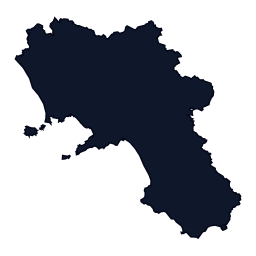 outline of Campania, Salerno, Italy
{"feature_id": "23120603B14973764900567", "entity_name": "Campania", "entity_type": "district", "adm_level": 2, "iso_a3": "ITA", "parent_name": "Italy", "parent_adm1": "Salerno", "projection": "orthographic", "projection_center": [14.61, 40.749], "detail": "fine", "context": "isolated", "style": "filled", "palette": "ink", "viewbox_px": 256, "rotation_deg": 0, "n_neighbors": 0, "source": "geoboundaries", "source_scale": "gbopen_adm2", "svg_char_len": 5712}
<svg xmlns="http://www.w3.org/2000/svg" viewBox="0 0 256 256"><path d="M15.4,59.0L23.3,67.6L29.7,78.3L32.7,87.9L38.7,94.9L43.8,103.9L46.2,113.1L46.0,118.5L45.3,120.9L44.8,120.6L45.7,121.2L45.3,121.4L45.2,121.8L49.5,122.5L50.8,123.9L50.7,122.5L49.5,122.1L50.9,122.1L49.9,120.7L50.0,118.9L48.8,117.9L50.4,116.3L52.5,116.1L53.9,116.7L54.1,117.2L53.4,117.6L58.8,118.5L59.2,119.0L58.5,119.5L59.2,119.1L59.6,119.8L59.2,120.0L59.8,119.7L60.0,120.4L59.4,121.1L58.8,120.7L58.7,121.8L60.1,120.8L61.6,121.9L63.8,120.6L63.8,118.9L65.8,116.3L67.7,116.2L68.5,116.9L68.2,116.5L69.0,115.7L71.3,116.4L68.7,115.5L69.7,115.4L69.3,115.0L70.1,114.3L70.5,114.3L70.2,115.0L70.9,114.5L70.8,115.2L71.1,114.3L71.5,114.5L71.2,115.0L72.9,115.1L73.7,116.3L74.0,115.9L76.5,117.8L80.4,122.2L80.5,123.0L80.6,123.3L80.6,122.6L84.4,126.7L86.5,127.8L89.0,127.4L90.4,128.9L89.8,128.2L90.1,127.4L91.7,129.3L93.8,134.1L93.6,135.9L92.7,136.6L93.0,135.4L90.3,137.1L89.2,138.0L88.2,140.3L85.3,141.7L85.9,142.5L85.0,144.3L81.7,145.8L79.5,144.8L79.0,146.0L78.2,145.8L78.5,147.2L77.1,148.8L76.8,150.8L76.1,151.6L76.8,151.8L76.3,152.7L76.5,154.4L77.9,153.2L78.4,153.3L78.0,154.2L78.8,153.9L79.6,152.5L85.5,150.1L87.0,148.4L90.6,147.1L91.8,147.4L94.4,145.9L96.7,146.6L99.0,148.9L100.6,147.8L103.6,147.6L103.9,148.2L105.2,146.3L107.7,145.1L109.9,142.8L113.8,143.8L115.6,145.1L117.1,145.1L120.0,140.2L121.7,139.6L123.1,140.2L122.2,139.5L123.0,138.8L123.3,139.2L123.2,138.6L124.0,139.4L122.8,140.7L123.5,140.4L124.1,139.4L123.7,139.0L124.4,138.6L130.2,142.5L135.5,148.8L139.7,155.4L144.1,165.6L149.1,174.8L151.1,180.4L150.9,185.1L149.0,186.0L149.3,185.5L147.7,187.6L145.1,188.3L144.4,190.7L145.3,192.5L145.1,196.6L143.9,198.2L140.9,200.0L141.2,201.7L144.1,203.8L145.9,203.1L147.9,204.8L150.3,205.2L153.1,208.4L154.2,211.3L155.7,212.3L157.3,212.1L158.7,213.1L160.8,211.7L163.9,211.2L166.0,212.0L171.3,218.8L174.2,218.9L176.3,221.9L181.6,226.0L182.8,228.8L183.2,231.7L182.4,232.5L181.2,232.3L181.6,233.6L183.9,233.4L184.3,232.6L186.5,232.2L190.8,236.8L197.5,237.1L197.3,237.7L198.1,238.1L202.6,231.8L205.3,231.0L207.4,227.3L210.4,225.8L215.1,225.1L220.1,226.5L221.0,225.7L221.8,226.5L221.1,228.0L221.8,229.1L222.9,230.2L224.6,229.5L226.7,228.4L226.6,227.1L225.8,225.8L223.9,224.9L226.8,224.1L229.8,219.2L229.5,218.5L230.2,216.0L229.2,213.4L230.9,211.7L230.4,210.5L232.4,209.2L232.4,207.3L234.7,207.1L236.5,205.1L239.1,204.6L239.8,203.7L238.7,201.8L238.9,200.8L240.6,199.7L240.0,197.3L240.6,196.3L239.1,194.1L236.4,194.0L236.1,192.9L233.7,192.6L231.8,190.5L232.2,189.5L231.1,189.2L229.3,186.6L229.1,183.8L229.8,181.5L226.2,178.7L224.6,179.4L222.9,176.3L216.1,172.1L216.6,171.7L215.0,169.8L215.2,168.4L210.6,165.6L210.3,164.0L212.0,162.5L210.3,160.7L211.4,159.3L210.3,158.8L210.3,157.0L209.3,155.6L210.7,154.0L210.0,153.3L208.5,153.7L207.4,151.5L205.3,151.3L204.6,150.3L203.4,150.5L202.3,148.9L200.7,148.1L202.3,145.4L202.6,143.8L205.1,142.8L206.4,141.4L206.6,140.2L205.3,140.1L204.7,138.8L202.8,138.8L200.7,136.7L198.3,136.0L196.3,133.1L193.0,131.5L192.7,127.6L193.2,125.7L194.1,125.2L192.8,123.3L193.7,121.1L191.3,120.7L192.8,118.9L191.3,118.7L190.4,117.1L187.8,115.4L190.6,114.8L192.5,115.2L192.0,111.6L192.6,110.6L190.0,110.2L189.8,108.5L192.1,108.0L193.6,109.5L195.0,109.2L195.2,108.6L198.1,108.8L201.6,110.6L202.9,109.6L202.3,107.4L208.8,104.6L209.9,100.3L210.6,99.8L210.4,99.0L213.1,95.6L213.6,91.6L212.2,88.7L212.5,86.7L211.2,85.6L211.0,83.6L210.3,83.1L203.9,81.0L203.2,79.9L199.7,80.0L197.4,77.4L195.9,77.6L194.7,76.0L191.0,79.1L189.3,77.7L185.2,76.4L182.8,78.1L179.5,76.0L179.6,74.8L178.7,74.5L176.6,71.1L176.2,71.5L173.8,69.9L173.6,67.2L174.9,66.2L175.0,65.3L179.4,62.8L177.4,58.8L177.6,57.2L181.2,56.5L180.8,55.2L177.9,52.1L176.4,51.9L174.7,53.0L174.2,51.4L172.5,50.9L172.6,49.9L166.9,50.8L165.5,49.9L165.9,49.0L164.5,47.6L164.9,45.5L158.5,43.3L157.0,37.6L158.3,36.7L159.1,35.2L161.3,34.9L160.0,32.4L160.6,30.9L161.8,30.4L161.5,29.2L161.3,28.5L158.9,28.7L155.6,27.2L155.2,25.3L154.1,25.9L153.1,22.3L151.3,21.0L148.7,22.0L148.6,23.5L146.2,24.0L144.7,25.4L137.9,27.1L136.1,29.5L134.9,30.0L127.1,26.0L125.9,27.0L125.0,31.0L123.7,32.2L119.7,33.5L117.7,32.0L113.9,32.6L113.8,34.5L112.7,34.0L111.7,34.5L108.6,38.2L107.3,38.9L105.4,37.8L105.5,36.5L103.4,34.8L101.7,36.6L98.6,35.8L96.6,36.2L94.8,35.0L93.6,30.9L92.3,30.7L91.2,29.6L88.2,29.4L86.7,27.6L85.3,28.2L78.9,25.7L77.2,25.8L72.6,23.1L73.4,22.5L72.0,21.0L68.8,21.3L67.9,19.4L63.9,19.0L62.4,19.6L60.6,18.9L59.9,19.8L59.6,22.1L58.1,21.5L54.8,17.9L54.5,19.4L53.7,20.1L54.0,20.9L50.5,24.0L51.1,24.9L50.3,25.2L50.1,26.6L53.1,30.2L52.8,33.0L53.9,34.8L53.7,35.4L52.8,34.6L52.0,34.9L50.8,33.5L46.2,34.5L44.6,32.5L44.5,31.0L41.7,28.9L42.5,27.7L42.4,25.9L39.0,24.2L37.4,24.1L33.8,27.8L31.9,28.5L31.0,30.0L30.6,29.4L28.0,29.5L26.5,30.7L27.3,32.6L29.4,33.2L28.0,33.9L29.1,35.6L28.1,36.3L27.2,38.7L28.2,39.0L27.4,39.5L28.2,41.8L27.7,42.7L30.0,46.2L29.4,48.2L28.6,49.2L27.1,48.8L26.3,49.7L25.6,49.0L23.5,50.6L22.7,50.5L23.0,51.6L22.5,52.7L23.9,53.2L23.0,53.2L23.2,54.7L22.2,54.7L21.4,56.0L21.0,55.2L18.0,56.3L16.8,55.9L15.4,59.0ZM26.8,126.2L25.7,126.7L26.4,127.5L25.9,129.1L24.8,129.6L25.6,132.5L24.4,133.4L26.4,135.2L28.5,135.0L29.1,136.2L29.2,135.2L29.8,134.8L32.3,135.5L34.3,134.1L35.8,135.0L35.8,133.8L37.0,133.3L36.4,130.9L37.2,130.4L36.2,130.2L35.9,129.1L34.7,128.3L34.1,128.6L34.4,128.4L34.5,128.1L30.7,128.0L31.2,127.4L30.3,127.8L26.8,126.2ZM69.5,155.5L67.4,156.3L62.7,155.5L62.4,159.1L65.4,158.8L67.7,157.6L68.6,158.3L70.1,156.2L69.5,155.5ZM42.8,125.0L41.4,126.0L42.0,126.5L41.1,128.2L40.3,128.0L39.8,128.9L40.6,129.3L40.4,128.3L41.3,128.6L41.5,128.0L42.0,129.0L42.8,129.4L42.3,128.1L43.6,127.9L43.1,126.9L44.0,126.2L44.5,126.7L45.0,125.8L42.8,125.0Z" fill="#0f172a" stroke="#020617" stroke-width="1.5"/></svg>